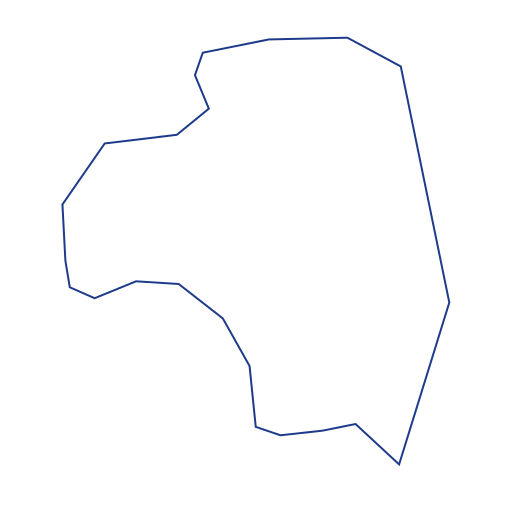 the state/province of Żebbuġ, rotated 87°
{"feature_id": "MLT-5977", "entity_name": "Żebbuġ", "entity_type": "state/province", "adm_level": 1, "iso_a3": "MLT", "parent_name": "Malta", "parent_adm1": "", "projection": "mercator", "projection_center": [14.249, 36.061], "detail": "fine", "context": "isolated", "style": "outline", "palette": "blue", "viewbox_px": 512, "rotation_deg": 87, "n_neighbors": 0, "source": "natural_earth", "source_scale": "10m", "svg_char_len": 434}
<svg xmlns="http://www.w3.org/2000/svg" viewBox="0 0 512 512"><g transform="rotate(87 256 256)"><path d="M74.3,101.5L312.6,65.4L471.6,124.0L429.0,165.4L433.9,198.7L436.3,241.0L426.6,265.2L365.5,268.2L316.6,292.4L279.9,334.7L275.0,377.1L289.7,419.4L277.5,443.6L250.6,446.6L194.4,446.6L135.7,401.2L130.8,328.7L106.4,295.4L72.2,307.5L50.2,298.5L40.4,231.9L42.8,153.3L74.3,101.5Z" fill="none" stroke="#1e3a8a" stroke-width="2"/></g></svg>